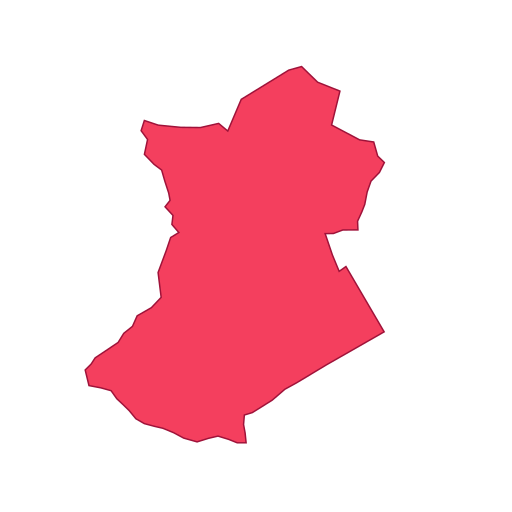 Estação, Rio Grande do Sul, Brazil (orthographic projection), rotated 105°
{"feature_id": "56859067B47063439321090", "entity_name": "Estação", "entity_type": "district", "adm_level": 2, "iso_a3": "BRA", "parent_name": "Brazil", "parent_adm1": "Rio Grande do Sul", "projection": "orthographic", "projection_center": [-52.286, -27.926], "detail": "fine", "context": "isolated", "style": "filled", "palette": "rose", "viewbox_px": 512, "rotation_deg": 105, "n_neighbors": 0, "source": "geoboundaries", "source_scale": "gbopen_adm2", "svg_char_len": 1162}
<svg xmlns="http://www.w3.org/2000/svg" viewBox="0 0 512 512"><g transform="rotate(105 256 256)"><path d="M115.4,171.8L117.0,186.0L109.9,216.9L75.0,217.6L72.2,241.4L65.5,253.4L61.2,261.0L68.0,272.5L108.5,310.8L142.6,315.6L137.6,326.4L146.3,342.9L151.2,362.0L154.9,384.3L154.0,398.9L164.7,399.4L171.5,390.9L186.7,390.1L193.9,378.1L197.4,369.4L207.5,363.3L217.8,356.6L224.5,353.4L232.0,356.6L238.3,346.7L247.3,345.4L253.3,336.6L260.2,343.2L274.0,344.1L297.3,346.3L320.5,336.9L333.0,343.7L344.5,355.3L355.9,357.1L364.9,363.7L375.2,366.8L396.0,385.0L403.1,387.3L410.3,391.5L424.4,383.8L423.5,371.7L423.6,361.1L429.9,353.5L433.7,346.4L438.2,338.4L444.3,329.9L446.8,320.5L446.8,309.9L446.5,301.4L448.0,289.8L450.6,278.7L450.8,264.8L444.4,254.7L439.8,246.1L440.2,234.9L441.3,225.8L439.0,217.2L429.8,220.7L422.0,224.4L412.6,226.1L408.2,219.0L391.0,203.0L377.2,193.6L368.2,184.2L342.9,159.8L296.1,112.6L261.0,148.1L242.9,166.4L249.3,171.7L235.2,182.5L216.5,195.0L214.2,187.0L208.4,178.9L204.4,164.3L196.1,166.9L186.0,165.2L178.0,164.3L165.4,165.2L153.9,164.3L143.3,158.4L132.5,156.2L128.0,164.3L115.4,171.8Z" fill="#f43f5e" stroke="#9f1239" stroke-width="1.5"/></g></svg>